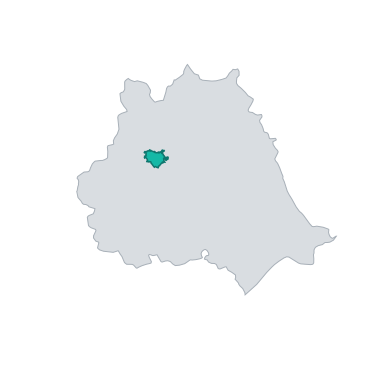 location of Byalynichy, Mogilev, Belarus, rotated 234°
{"feature_id": "67162791B99339401725810", "entity_name": "Byalynichy", "entity_type": "district", "adm_level": 2, "iso_a3": "BLR", "parent_name": "Belarus", "parent_adm1": "Mogilev", "projection": "albers", "projection_center": [29.744, 53.9], "detail": "fine", "context": "in_parent", "style": "filled", "palette": "teal", "viewbox_px": 384, "rotation_deg": 234, "n_neighbors": 0, "source": "geoboundaries", "source_scale": "gbopen_adm2", "svg_char_len": 7601}
<svg xmlns="http://www.w3.org/2000/svg" viewBox="0 0 384 384"><g transform="rotate(234 192 192)"><path d="M297.8,263.3L292.5,263.1L286.3,263.4L282.8,265.9L279.0,264.8L276.3,266.2L270.2,273.1L267.8,276.8L265.5,282.4L264.2,286.5L265.0,289.4L266.2,292.1L266.5,295.0L267.1,297.3L265.5,298.9L264.7,301.3L262.0,301.0L258.7,298.7L258.0,295.4L255.5,293.1L253.9,291.9L251.1,291.7L246.8,292.8L241.2,293.7L236.9,293.9L234.6,295.0L231.1,296.2L229.8,294.8L227.9,291.0L226.4,287.3L225.3,285.6L224.4,285.2L223.2,285.3L221.9,286.4L220.9,287.6L217.3,289.0L215.7,290.3L213.9,293.7L212.8,293.5L211.6,292.7L210.3,288.8L208.5,287.9L205.5,287.8L201.8,286.9L198.8,285.7L197.7,285.9L195.9,287.5L194.0,287.7L189.8,286.1L188.9,286.8L186.4,291.0L185.2,291.1L184.6,290.6L185.1,286.9L182.6,285.5L178.5,285.2L175.6,285.6L174.1,285.4L173.4,284.7L170.1,278.4L168.2,277.9L164.9,278.1L159.9,277.1L154.3,275.5L151.2,274.8L149.6,273.4L146.1,272.7L136.8,269.6L133.0,269.0L127.3,268.6L118.7,267.5L113.2,267.5L110.6,268.2L107.6,268.5L97.3,268.5L93.6,268.9L92.4,270.1L91.0,272.9L86.4,277.4L82.0,280.4L81.2,280.6L78.9,278.6L77.0,277.9L74.6,277.5L72.9,277.9L71.8,278.6L71.6,282.5L71.4,282.8L69.9,278.1L70.4,274.1L71.6,271.8L73.0,269.8L72.8,266.6L74.4,262.6L74.7,259.6L74.3,258.3L73.4,256.7L70.9,254.8L69.9,253.4L66.4,251.3L63.1,248.8L62.6,247.5L62.8,246.6L63.6,245.2L66.7,241.5L69.9,237.8L71.9,236.4L82.3,232.2L83.9,230.6L84.6,227.7L84.9,221.6L84.8,216.1L84.3,212.3L83.0,205.1L79.2,190.0L77.6,174.5L79.4,175.6L84.0,176.3L87.7,175.6L89.6,175.6L91.3,176.1L96.1,175.6L97.2,177.1L99.3,178.4L103.6,177.0L107.5,175.2L111.4,175.7L112.0,174.6L113.3,169.3L114.6,168.2L119.1,169.1L120.9,168.2L122.9,165.7L125.7,164.2L128.0,164.4L130.4,162.6L131.5,164.0L132.0,166.2L131.1,167.9L131.4,168.7L132.9,169.6L135.8,169.8L137.6,169.1L138.1,168.2L138.2,166.3L137.8,164.6L136.7,163.0L134.5,162.1L133.0,162.0L132.8,161.0L133.4,159.0L135.0,155.4L136.9,152.1L138.0,150.9L138.2,149.8L138.2,147.7L138.3,144.0L140.1,139.0L142.3,135.2L145.1,134.1L148.5,133.6L150.7,131.9L151.8,129.9L152.9,126.6L153.9,126.0L161.8,126.8L163.2,123.5L163.9,122.6L165.5,121.7L166.6,120.6L166.2,119.6L164.2,119.0L159.5,118.2L158.6,117.1L159.0,115.8L160.4,112.5L161.8,108.1L162.5,104.7L162.7,102.7L163.4,102.2L167.2,101.8L168.6,101.1L172.0,96.6L174.6,95.9L181.0,97.4L183.9,97.4L187.7,97.8L188.0,97.4L189.5,92.8L196.1,85.6L199.5,83.2L201.7,82.7L202.4,82.8L205.7,86.8L206.5,86.9L208.8,85.3L212.7,85.3L214.5,86.7L217.1,91.5L218.4,92.0L222.3,89.4L224.4,88.6L225.8,88.6L233.0,92.4L233.5,93.5L233.5,94.9L232.4,99.3L233.9,101.9L235.6,103.7L239.4,100.8L240.7,99.9L242.2,99.9L244.2,98.8L245.7,97.1L247.1,96.6L249.7,96.9L254.5,96.5L260.2,99.1L260.6,99.9L263.5,102.9L264.5,104.4L265.4,104.9L266.9,106.4L269.0,107.3L270.3,107.0L271.0,107.5L271.7,108.6L271.7,110.6L271.6,116.4L269.7,119.4L269.4,120.4L269.5,121.7L271.2,124.1L273.3,127.9L273.8,130.2L273.9,131.8L271.1,136.8L270.2,138.0L269.5,140.4L269.2,142.9L269.4,143.9L274.3,147.7L277.9,149.8L278.7,150.8L278.8,151.4L277.0,155.7L276.8,156.8L279.7,158.5L281.3,161.2L282.8,165.6L285.7,169.8L296.0,175.8L296.9,176.9L297.3,178.3L297.0,181.2L295.3,186.8L297.1,187.6L301.6,187.3L307.2,187.8L313.9,191.5L314.0,193.3L313.4,194.9L313.9,196.6L314.7,198.0L320.6,202.2L321.2,203.4L321.4,205.6L321.3,207.2L319.7,207.6L318.0,208.4L315.1,210.4L314.1,213.1L309.5,216.9L306.7,218.7L304.3,218.9L298.8,218.3L296.8,216.5L295.9,214.9L293.8,214.2L291.0,214.2L287.1,214.6L286.3,215.1L285.7,217.2L284.2,220.7L283.0,222.7L288.1,229.5L290.7,232.3L291.5,234.0L291.5,235.3L290.4,236.7L290.6,239.7L293.2,243.5L292.4,244.1L292.2,248.9L292.4,254.0L293.1,255.2L294.4,256.2L295.6,258.0L297.6,262.2L297.8,263.3Z" fill="#d9dde1" stroke="#a8b0b8" stroke-width="1"/><path d="M247.4,173.7L247.4,173.8L247.4,174.1L247.4,174.3L247.3,174.6L247.2,174.7L247.0,174.9L246.8,174.9L246.6,174.9L246.2,174.9L245.2,175.0L244.8,175.0L244.4,174.9L244.2,174.8L244.0,174.7L243.8,174.7L243.6,174.6L243.6,174.4L243.5,174.2L243.5,173.8L243.4,173.5L243.2,173.3L242.9,173.5L242.9,173.8L242.9,174.0L242.6,174.2L242.3,174.3L242.1,174.4L241.9,174.5L241.8,174.9L241.8,175.0L241.6,175.2L241.5,175.4L241.3,175.4L241.2,175.6L241.1,175.8L241.1,176.0L240.9,176.2L240.7,176.3L240.3,176.4L240.1,176.3L239.9,176.2L239.6,175.9L239.4,175.9L239.1,175.9L238.8,175.9L238.6,176.0L238.3,176.0L237.4,176.0L236.3,176.0L235.9,176.0L235.5,176.0L235.2,176.0L234.9,176.1L234.6,176.1L234.2,176.1L234.2,176.7L234.2,177.3L233.8,177.6L233.3,177.7L232.5,178.1L231.9,178.5L231.5,179.0L232.0,179.6L232.4,179.7L232.5,180.1L232.6,180.6L232.3,181.2L232.5,181.5L232.7,181.8L232.7,182.1L232.7,182.5L232.7,182.8L233.0,183.3L233.2,183.7L233.2,184.1L233.2,184.6L232.9,184.8L232.9,185.0L233.4,185.3L233.6,185.6L233.4,186.0L233.0,186.1L232.6,186.3L232.8,186.6L232.8,186.9L232.6,187.0L232.4,187.3L232.2,187.5L232.9,187.6L233.8,187.7L234.2,187.7L234.4,187.9L234.7,188.1L235.1,188.3L235.6,188.5L235.8,188.8L235.5,189.3L235.0,189.4L234.5,189.6L233.6,189.5L233.1,189.5L232.8,189.8L233.0,190.2L233.5,190.3L233.9,190.5L233.6,190.8L233.2,191.0L232.8,191.2L232.8,191.4L232.8,192.0L233.2,192.3L233.4,192.5L233.5,192.6L233.7,192.8L233.9,192.9L234.0,193.0L234.3,193.0L234.5,193.0L234.6,192.8L234.7,192.7L234.8,192.4L234.8,192.2L234.7,191.9L234.6,191.7L234.5,191.4L234.7,191.1L234.9,191.0L235.0,191.1L235.4,191.2L235.5,191.2L235.7,190.9L235.8,190.8L235.8,190.6L236.2,190.5L236.2,190.4L236.3,190.3L236.3,190.2L236.5,190.1L236.8,190.3L236.9,190.5L237.1,190.6L237.4,190.7L237.7,190.7L238.0,190.7L238.4,190.4L238.6,190.5L238.8,190.6L239.0,190.7L239.4,190.8L239.7,190.8L239.9,190.8L240.1,190.8L240.3,190.8L240.5,190.7L240.7,190.4L240.9,190.3L241.0,190.5L241.1,190.8L241.3,190.7L241.6,190.6L241.6,190.8L241.5,191.0L241.4,191.2L241.4,191.3L241.5,191.4L241.8,191.3L241.9,191.2L242.0,191.3L242.1,191.5L242.0,191.8L241.9,192.0L241.7,192.1L241.5,192.3L241.5,192.5L241.6,192.9L241.6,193.2L241.6,193.4L241.5,193.6L241.6,193.8L241.9,193.8L241.9,193.7L242.0,193.6L242.2,193.4L242.4,193.3L242.6,193.1L242.8,193.0L243.1,192.9L243.3,192.7L243.4,192.4L243.3,192.2L243.2,192.0L243.1,191.7L243.0,191.4L242.8,191.1L242.7,190.8L242.8,190.5L242.9,190.3L243.0,190.1L242.9,189.9L242.8,189.7L242.7,189.4L242.8,189.2L242.9,188.6L243.0,188.3L243.1,188.2L243.3,188.4L243.4,188.5L243.5,188.7L243.6,188.8L243.8,188.8L243.9,188.6L243.9,188.4L244.0,188.1L244.1,187.9L244.0,187.6L244.0,187.4L244.2,187.1L244.3,186.9L244.4,186.6L244.6,186.4L244.9,186.1L245.1,185.8L245.3,185.6L245.6,185.4L245.8,185.2L246.0,185.1L246.2,185.3L246.2,185.6L246.4,185.7L246.5,185.6L246.8,185.5L246.9,185.4L246.9,185.2L247.0,184.8L247.2,184.6L247.3,184.4L247.6,184.3L247.7,184.2L248.0,184.1L248.3,183.9L248.5,183.7L248.8,183.4L249.0,183.4L249.4,183.3L249.7,183.2L249.6,182.8L249.6,182.7L249.6,182.3L249.9,182.3L250.1,182.2L250.3,182.2L250.5,182.4L250.6,182.6L250.8,182.6L251.0,182.4L250.9,182.2L250.6,182.0L250.5,181.8L250.4,181.6L250.5,181.4L250.7,181.1L251.0,180.9L251.2,180.6L251.3,180.3L251.3,180.1L251.3,179.8L251.2,179.5L251.4,179.3L251.5,179.1L251.5,178.9L251.4,178.8L251.2,178.7L251.2,178.3L251.4,178.2L251.5,178.2L251.8,178.1L252.0,178.0L252.1,177.9L252.3,177.8L252.4,177.6L252.3,177.4L252.2,177.4L252.1,177.2L252.1,176.8L251.9,176.8L251.8,176.7L251.7,176.6L251.4,176.7L251.3,177.0L251.2,177.2L251.0,177.4L250.8,177.5L250.4,177.5L250.1,177.5L249.9,177.4L249.7,177.4L249.5,177.2L249.4,176.9L249.3,176.6L249.2,176.5L249.1,176.4L248.8,176.3L248.6,176.3L248.4,176.2L248.2,176.2L248.3,175.9L248.5,175.8L248.5,175.7L248.4,175.5L248.3,175.3L248.3,175.1L248.5,175.1L248.8,174.7L248.5,174.5L248.3,174.3L248.1,174.1L248.0,173.9L247.9,173.9L247.7,173.8L247.4,173.7Z" fill="#14b8a6" stroke="#0f766e" stroke-width="1.5"/></g></svg>